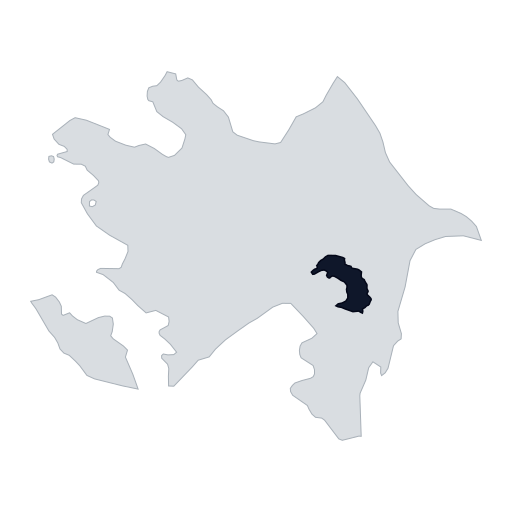 where Sabirabad sits in Azerbaijan
{"feature_id": "AZE-1714", "entity_name": "Sabirabad", "entity_type": "District", "adm_level": 1, "iso_a3": "AZE", "parent_name": "Azerbaijan", "parent_adm1": "", "projection": "equal_earth", "projection_center": [48.677, 39.865], "detail": "fine", "context": "in_parent", "style": "filled", "palette": "ink", "viewbox_px": 512, "rotation_deg": 0, "n_neighbors": 0, "source": "natural_earth", "source_scale": "10m", "svg_char_len": 4493}
<svg xmlns="http://www.w3.org/2000/svg" viewBox="0 0 512 512"><path d="M361.2,436.3L358.9,436.1L342.3,440.3L338.8,438.9L324.6,420.2L321.7,418.1L315.5,417.3L312.0,414.2L309.0,409.2L307.4,405.5L292.7,395.3L290.6,391.6L290.3,388.4L292.4,385.4L294.9,383.0L302.1,380.5L310.5,378.3L313.2,376.7L314.5,374.0L314.5,369.7L313.1,365.5L301.1,357.8L299.8,354.5L299.4,350.4L300.1,346.1L302.0,342.8L311.8,338.3L317.0,333.6L313.8,328.4L303.3,316.5L290.8,303.4L282.4,303.3L272.8,307.1L257.3,318.3L248.8,323.1L237.6,331.0L225.5,339.8L215.5,349.1L209.2,356.9L198.2,360.2L192.5,366.7L173.8,386.2L168.6,386.0L168.4,376.3L168.8,368.6L167.6,364.2L161.7,358.2L161.6,355.6L163.3,354.0L167.9,354.9L173.8,354.6L176.6,352.2L170.4,344.3L164.8,339.0L160.1,335.4L159.1,333.2L159.1,331.7L160.1,329.9L168.2,325.5L169.1,321.5L168.6,317.0L155.8,310.4L146.1,312.9L137.6,305.4L132.1,299.7L125.2,293.6L119.1,290.2L113.3,282.5L103.1,274.6L96.5,272.3L96.6,271.1L97.9,269.6L100.6,268.4L119.0,268.7L121.2,267.3L122.4,263.9L125.0,258.9L128.0,251.5L127.8,245.3L109.6,235.2L96.4,226.0L87.4,213.8L81.3,202.7L81.5,199.0L83.4,195.4L97.8,185.2L98.8,182.6L98.5,180.8L93.5,175.5L87.2,170.2L85.3,166.2L81.3,164.2L73.7,164.1L60.4,157.5L57.6,156.8L57.0,155.5L57.6,154.2L67.2,151.5L67.1,149.3L64.3,146.4L58.9,144.3L54.1,139.0L52.5,134.3L69.9,120.5L75.1,117.7L86.3,120.2L109.5,129.4L107.9,134.5L110.2,137.3L115.5,141.2L125.8,145.2L134.5,147.2L138.9,145.5L145.6,144.0L154.3,148.5L162.3,154.3L166.3,156.6L168.4,157.4L174.5,155.4L182.0,148.0L184.9,139.0L185.8,134.7L181.6,128.8L172.8,122.3L163.0,116.6L156.8,111.6L152.8,101.8L148.8,100.7L147.8,99.4L147.1,96.1L147.4,91.4L148.8,87.8L152.8,86.2L156.8,85.7L160.5,82.2L165.1,75.5L167.1,71.7L175.7,73.9L176.8,79.9L178.3,81.2L181.8,80.5L187.8,77.9L192.4,79.9L198.4,87.1L206.7,94.7L211.2,99.8L213.0,103.3L217.2,106.7L223.5,110.8L228.4,117.1L232.8,131.8L237.2,135.2L253.4,140.7L259.1,141.9L275.0,143.9L280.6,142.5L288.8,129.8L296.2,116.8L303.1,114.0L315.5,107.8L322.9,101.8L326.1,95.4L333.1,83.3L337.4,76.6L344.7,82.6L357.4,98.9L375.5,125.6L379.9,133.2L382.9,141.9L385.4,152.6L389.6,162.0L408.1,185.7L416.1,194.5L429.1,205.8L433.7,208.4L439.8,209.1L450.9,209.1L461.3,213.6L466.4,216.7L471.7,221.2L476.4,226.5L481.3,240.4L463.4,235.8L445.4,236.5L435.2,239.6L425.3,243.7L415.9,249.4L410.0,260.7L405.1,286.9L397.9,311.4L398.2,322.8L401.4,333.7L401.1,338.9L397.7,341.1L393.5,345.7L388.0,368.3L385.2,372.8L381.6,375.6L380.6,373.0L380.8,367.0L372.9,361.8L368.7,367.7L365.8,380.1L360.1,393.2L359.8,395.7L361.2,436.3ZM95.3,205.0L96.2,201.5L94.0,200.0L91.6,199.9L89.5,201.6L89.4,206.0L92.3,206.7L95.3,205.0ZM34.6,306.9L31.9,303.3L30.7,301.3L38.7,299.7L52.1,294.8L55.6,297.1L59.4,302.1L61.3,306.3L61.5,314.1L63.1,315.4L69.6,312.8L72.4,315.9L77.3,319.7L85.9,323.5L98.4,317.6L104.6,316.1L109.7,316.2L112.4,318.0L113.3,324.1L112.2,331.7L110.7,335.8L113.2,338.8L123.4,346.0L127.5,350.1L125.4,357.1L132.8,374.2L135.2,380.9L138.1,389.1L122.6,385.9L94.6,378.9L86.9,375.4L79.8,365.8L75.5,361.2L69.2,355.3L63.9,353.1L60.0,349.0L57.8,342.9L54.6,337.4L48.9,331.0L36.2,309.2L34.6,306.9ZM53.8,161.9L52.0,163.1L49.4,161.9L48.6,159.2L48.9,156.4L51.5,155.8L53.6,156.6L54.2,159.1L53.8,161.9Z" fill="#d9dde1" stroke="#a8b0b8" stroke-width="1"/><path d="M328.0,255.4L335.6,255.5L342.8,257.5L344.6,258.5L344.4,259.8L344.7,261.7L344.9,261.9L345.0,262.4L344.9,263.6L345.0,264.4L345.2,264.5L345.6,264.4L347.6,265.6L349.5,265.9L351.0,266.4L351.6,267.9L352.5,268.3L357.1,269.1L358.7,269.7L361.5,271.9L361.2,275.0L361.2,276.5L361.8,277.9L362.4,278.6L363.4,279.1L363.9,279.4L364.4,279.9L364.4,280.3L365.7,282.7L366.6,284.0L367.0,284.9L367.0,285.6L366.9,287.6L367.0,288.5L367.2,289.3L367.9,290.5L368.1,291.4L367.8,292.1L367.3,293.0L367.0,293.8L367.3,294.7L369.8,297.1L371.0,298.6L371.2,299.8L370.3,301.3L369.2,304.2L368.1,305.3L366.6,305.8L364.9,307.6L362.5,308.9L362.8,311.3L362.4,313.1L360.6,312.3L358.7,311.1L355.8,311.4L352.9,311.7L349.0,310.3L345.0,308.9L341.5,307.4L338.0,306.8L335.9,305.8L338.2,303.8L342.1,303.0L345.8,301.1L347.8,298.0L347.8,294.3L346.8,292.0L346.5,289.3L347.0,287.4L347.0,285.3L344.4,281.9L341.0,280.4L337.7,278.1L334.2,276.2L332.2,276.0L330.5,277.1L329.7,278.0L328.7,277.9L327.4,277.0L326.6,275.4L327.2,273.8L327.8,272.3L326.1,270.9L324.2,270.0L321.3,270.4L318.6,271.7L316.5,272.9L314.4,274.1L312.7,274.3L311.3,272.1L312.9,270.5L314.6,269.2L316.2,268.7L317.2,268.0L317.3,266.7L316.7,265.7L318.0,264.0L318.6,262.6L320.7,260.5L323.3,259.0L325.4,256.9L328.0,255.4Z" fill="#0f172a" stroke="#020617" stroke-width="1.5"/></svg>